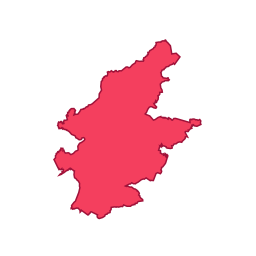 Huauchinango, Puebla, Mexico, rotated 20°
{"feature_id": "50627088B14545810389102", "entity_name": "Huauchinango", "entity_type": "district", "adm_level": 2, "iso_a3": "MEX", "parent_name": "Mexico", "parent_adm1": "Puebla", "projection": "albers", "projection_center": [-98.05, 20.178], "detail": "fine", "context": "isolated", "style": "filled", "palette": "rose", "viewbox_px": 256, "rotation_deg": 20, "n_neighbors": 0, "source": "geoboundaries", "source_scale": "gbopen_adm2", "svg_char_len": 5822}
<svg xmlns="http://www.w3.org/2000/svg" viewBox="0 0 256 256"><g transform="rotate(20 128 128)"><path d="M69.2,182.9L75.4,188.9L76.3,189.4L76.1,189.5L77.4,190.7L77.9,190.1L79.2,190.1L79.7,188.9L80.1,189.7L81.4,189.0L81.8,189.4L81.8,191.2L81.0,191.8L81.3,192.0L81.5,193.0L80.0,194.5L79.6,195.7L81.6,194.0L81.7,193.1L82.8,192.3L85.4,188.2L85.9,188.4L87.1,186.6L86.7,186.3L87.3,185.7L88.2,186.4L88.3,185.6L88.7,185.7L88.7,186.0L90.7,186.3L91.4,186.8L92.3,186.6L93.2,190.3L94.8,193.0L96.7,193.5L98.3,194.6L99.1,194.6L101.4,196.5L102.3,199.3L103.2,200.5L103.8,205.4L103.6,214.8L102.7,216.3L101.5,220.1L102.2,221.2L101.9,222.3L102.1,223.2L103.1,222.6L103.6,223.2L104.6,222.2L105.0,222.6L106.9,220.9L108.7,220.4L111.1,221.8L111.8,223.4L112.3,222.3L112.2,221.2L119.8,223.4L120.1,222.9L120.6,223.0L121.1,221.2L121.5,220.9L121.5,219.8L122.1,219.3L129.1,220.0L129.0,221.0L129.6,222.2L130.9,222.9L131.9,222.9L134.6,220.9L136.3,218.8L136.1,217.8L136.9,216.6L137.8,216.2L137.9,215.2L140.0,213.6L140.0,213.0L139.4,211.9L140.0,210.6L139.4,208.3L142.8,206.5L143.9,206.5L144.4,205.9L146.3,205.5L148.3,204.1L149.8,203.7L150.2,201.8L153.8,201.9L157.1,200.7L158.1,199.1L159.2,198.5L159.2,198.1L160.7,197.6L160.6,196.3L162.2,195.7L162.3,194.5L162.9,193.5L166.8,191.4L166.2,190.2L163.8,189.4L162.4,188.3L162.2,187.6L161.0,187.3L161.0,185.5L159.2,184.1L158.3,184.1L158.2,183.6L155.8,182.9L154.3,183.1L151.6,182.2L150.0,182.9L147.9,182.8L146.4,183.5L145.4,183.4L148.6,180.0L149.4,179.8L150.2,178.2L152.2,178.5L154.2,177.8L154.5,177.0L155.9,175.6L158.2,172.0L159.9,170.6L160.8,170.5L162.1,168.7L166.9,169.9L167.1,169.5L169.8,168.7L169.9,161.2L171.2,159.8L174.0,159.9L174.5,158.5L174.4,157.0L173.2,156.1L173.4,154.9L173.0,153.6L173.9,152.7L175.0,149.4L175.3,147.9L175.0,142.7L174.4,142.5L174.6,141.6L175.1,141.4L174.6,139.6L174.5,141.1L173.9,141.5L174.0,140.6L173.6,140.7L173.4,140.3L174.0,139.9L173.8,139.6L173.1,139.9L172.6,139.7L173.1,140.4L172.6,141.3L171.8,140.3L171.1,140.5L171.3,141.0L170.7,141.5L170.4,140.7L170.8,140.0L170.5,139.8L170.1,140.4L168.6,140.8L167.5,140.4L166.5,140.7L167.1,140.1L166.2,138.1L164.4,138.5L164.1,134.2L164.7,134.3L164.1,133.8L166.4,133.7L164.7,132.9L164.8,132.6L165.6,132.9L164.9,131.9L165.0,131.4L166.9,133.1L167.7,132.5L170.3,132.6L170.6,133.3L171.5,133.5L174.8,132.8L176.3,131.9L176.2,131.2L175.1,129.7L176.3,129.3L176.7,127.4L178.8,126.2L179.5,124.7L181.3,123.4L183.4,123.0L183.5,122.0L185.3,118.4L184.9,116.8L185.7,116.1L187.0,116.1L183.3,112.7L183.1,111.9L183.5,111.4L185.7,110.8L185.9,110.3L185.4,109.3L186.1,109.2L187.2,106.8L187.9,106.7L188.1,106.4L187.0,105.7L187.5,105.2L187.8,104.2L187.2,104.0L187.2,103.4L187.9,103.6L188.1,102.5L188.5,102.5L188.8,103.1L189.6,103.3L192.2,102.8L195.3,99.7L194.3,98.5L194.0,96.5L192.5,95.5L191.2,96.9L190.0,96.6L188.6,97.2L187.7,96.9L186.1,97.3L184.8,98.1L184.9,98.4L183.5,98.5L183.3,99.2L184.4,101.7L169.4,102.7L167.8,103.4L167.1,105.4L166.2,105.5L164.9,104.7L163.7,104.8L162.8,104.3L162.2,105.2L162.8,105.8L162.7,106.1L160.9,105.5L158.3,106.3L158.6,105.7L156.2,106.4L154.9,106.4L154.8,106.1L152.7,107.8L150.6,110.8L149.2,111.9L144.3,109.2L139.5,109.1L139.3,108.6L140.0,107.3L140.2,103.7L140.8,101.3L141.8,100.3L143.1,99.9L145.5,100.2L147.4,99.9L147.7,99.0L147.7,98.5L144.8,97.0L144.0,96.2L144.7,96.1L144.7,94.2L145.7,95.1L144.9,93.1L146.0,93.7L146.0,92.5L146.5,91.0L146.0,88.7L145.1,87.5L145.9,86.6L146.3,85.3L145.6,83.7L148.0,82.6L147.0,80.7L145.1,79.1L143.3,75.7L144.4,73.0L146.0,71.9L146.5,70.9L149.8,69.7L150.3,68.6L148.8,67.8L148.6,67.2L148.2,67.3L148.0,68.2L147.2,68.1L143.8,68.9L142.8,68.0L141.7,67.8L140.8,65.8L139.8,64.7L140.2,63.9L140.1,62.1L141.9,60.7L141.7,60.0L142.8,58.5L142.9,57.5L145.0,56.3L145.8,54.7L148.2,52.7L148.6,51.5L150.0,52.2L152.5,43.4L147.7,41.3L143.8,43.4L139.7,36.2L135.9,34.1L134.4,33.6L133.6,32.7L132.9,32.6L132.8,33.6L130.9,34.2L129.5,35.4L129.5,36.1L127.7,36.6L125.1,38.1L125.6,38.8L125.9,40.9L125.4,41.5L125.7,42.2L125.4,43.0L124.8,43.4L124.7,44.6L122.1,47.8L121.6,50.2L120.9,50.3L121.8,52.1L121.1,52.7L121.2,53.6L120.2,54.7L120.1,55.5L118.8,56.7L119.1,57.8L118.8,58.3L119.7,59.3L119.6,59.9L115.8,61.5L112.9,61.9L112.5,62.5L112.6,64.3L110.5,67.1L109.2,70.4L108.2,71.1L106.8,70.8L105.4,71.3L102.3,76.5L100.0,77.3L99.8,78.2L99.3,78.5L98.0,78.7L97.4,78.1L96.3,78.5L96.2,79.6L95.2,80.0L95.0,80.5L92.7,79.9L92.1,81.2L91.5,81.7L90.2,81.7L89.5,82.6L90.3,83.5L90.7,85.9L90.3,86.5L89.4,86.5L88.1,87.9L88.4,88.6L87.7,88.9L87.6,90.0L87.2,90.5L87.7,92.0L87.0,93.4L88.3,98.5L90.2,101.5L89.3,105.8L90.5,109.5L86.2,117.4L85.0,118.8L83.0,119.9L82.9,121.7L81.6,122.4L80.5,124.7L79.8,124.8L79.3,125.3L79.4,125.7L77.4,126.7L77.0,129.4L76.1,132.2L74.3,133.0L74.0,132.9L72.8,134.1L72.8,131.5L72.2,130.6L72.6,130.3L72.6,129.4L70.5,128.2L68.1,129.2L67.2,130.7L67.3,131.5L66.8,131.8L66.9,133.6L66.0,134.0L66.4,134.6L66.3,136.4L67.4,136.7L67.6,137.1L67.0,137.4L65.8,137.0L65.7,137.3L68.2,140.9L66.7,142.1L65.4,142.5L65.3,144.6L66.2,145.5L66.1,145.9L65.3,145.9L64.9,146.4L64.1,145.7L63.9,145.0L62.9,144.7L62.4,145.1L62.5,145.8L62.1,146.2L60.8,146.1L60.7,147.6L61.1,148.5L61.0,149.7L61.8,150.1L62.8,151.6L63.4,151.5L63.5,152.1L65.4,151.3L65.8,150.9L65.5,150.7L65.8,150.2L66.7,150.6L66.9,151.1L67.3,150.5L68.4,151.2L69.6,150.8L71.2,151.1L71.2,150.8L74.2,151.6L77.2,153.3L80.4,153.4L81.3,153.7L82.3,155.0L83.7,155.1L86.1,155.8L87.7,155.0L88.2,154.1L88.1,153.1L89.6,152.2L90.6,152.5L91.3,153.4L91.1,154.7L89.2,157.5L87.9,158.7L87.5,159.8L87.1,162.3L88.6,165.5L88.2,166.4L86.6,167.8L85.4,170.6L83.6,172.4L82.9,172.6L81.8,171.8L80.4,171.7L77.7,173.0L76.3,172.1L75.4,170.9L75.0,171.1L75.1,170.8L74.7,170.8L74.6,171.1L73.8,169.4L71.9,169.9L72.1,170.7L71.8,171.5L72.5,171.7L72.4,172.1L71.8,172.3L71.7,172.9L70.6,173.9L71.0,174.6L70.1,174.6L70.1,175.5L69.3,176.5L69.8,177.0L69.3,178.8L70.1,180.8L69.2,182.9Z" fill="#f43f5e" stroke="#9f1239" stroke-width="1.5"/></g></svg>